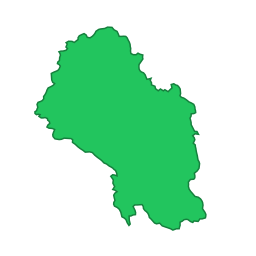 the district of Bananal, São Paulo, Brazil, rotated 282°
{"feature_id": "56859067B2046202210866", "entity_name": "Bananal", "entity_type": "district", "adm_level": 2, "iso_a3": "BRA", "parent_name": "Brazil", "parent_adm1": "São Paulo", "projection": "robinson", "projection_center": [-44.342, -22.736], "detail": "fine", "context": "isolated", "style": "filled", "palette": "green", "viewbox_px": 256, "rotation_deg": 282, "n_neighbors": 0, "source": "geoboundaries", "source_scale": "gbopen_adm2", "svg_char_len": 3567}
<svg xmlns="http://www.w3.org/2000/svg" viewBox="0 0 256 256"><g transform="rotate(282 128 128)"><path d="M138.9,196.2L138.6,193.8L144.4,189.1L146.7,188.5L148.8,187.5L150.5,186.6L152.7,187.2L155.0,186.9L155.8,189.4L157.1,191.0L159.0,190.4L160.5,189.6L162.5,189.0L164.8,187.4L165.7,184.6L166.2,182.2L167.1,180.5L168.2,178.1L168.9,176.2L169.1,173.8L170.4,172.1L172.5,172.3L174.8,171.6L177.0,170.9L178.6,169.4L179.9,167.6L180.0,165.7L180.8,163.6L179.5,161.2L176.3,162.7L174.3,161.2L171.9,159.7L173.1,156.1L171.7,154.8L172.9,151.6L170.7,149.8L172.2,146.7L174.4,145.7L175.1,142.0L177.1,141.6L179.3,139.8L181.4,140.2L180.4,138.4L179.6,136.4L181.3,135.2L183.6,133.7L185.2,131.7L185.6,129.4L186.6,127.7L188.0,126.6L190.3,125.9L192.4,125.6L198.6,128.2L200.3,127.5L202.5,127.3L202.7,124.1L203.3,122.2L201.4,120.7L200.8,117.9L201.5,115.3L204.0,114.4L206.4,114.1L208.1,113.3L210.3,112.6L212.4,111.3L214.0,109.9L216.0,108.4L217.1,106.8L216.9,104.9L216.2,102.4L215.8,100.3L218.0,98.9L220.2,97.2L221.1,94.0L223.1,91.4L222.4,87.0L220.6,84.7L219.8,82.5L219.1,80.4L218.3,78.8L216.0,76.6L213.8,76.0L212.2,75.3L210.3,74.1L208.3,72.1L208.2,69.3L210.3,67.7L211.2,65.4L209.9,63.5L208.1,61.2L206.0,60.4L204.2,60.8L200.5,57.6L201.1,55.2L200.5,51.8L198.6,49.7L197.5,51.1L194.3,50.5L193.1,52.3L191.1,51.2L189.8,48.6L189.2,46.3L188.2,44.6L186.8,46.0L185.1,46.8L182.8,46.5L179.7,46.9L177.9,45.6L176.3,45.6L175.8,47.4L174.5,48.9L171.6,48.4L169.7,47.4L168.6,45.9L167.1,43.7L165.4,41.6L163.1,42.3L159.2,43.4L157.0,44.9L156.2,47.0L154.4,46.1L152.6,44.2L150.6,41.6L148.4,40.9L145.9,40.6L143.4,39.9L141.3,38.9L139.1,39.5L137.0,38.5L135.9,37.1L134.4,34.7L132.2,34.1L129.4,35.5L127.7,35.1L126.0,35.0L124.6,33.6L122.9,34.0L122.0,35.7L122.8,37.3L122.8,39.2L120.9,38.4L119.8,41.0L120.3,43.1L121.0,44.8L120.5,47.2L119.0,47.8L118.0,49.7L116.2,50.5L114.4,49.1L112.1,48.5L111.4,50.7L111.8,54.1L111.3,56.6L109.7,56.3L108.1,56.0L105.8,55.8L104.0,56.5L102.2,58.8L102.3,61.0L102.4,63.1L103.1,65.2L104.8,67.7L105.2,70.5L105.8,74.6L105.0,76.3L102.4,76.7L101.1,79.8L99.2,82.9L97.8,85.9L96.9,88.4L95.5,91.2L96.7,95.4L96.6,98.2L94.5,101.2L93.0,104.1L91.5,107.5L90.6,109.2L88.8,111.8L88.4,114.4L86.9,117.5L86.4,119.3L85.7,121.3L84.6,122.9L83.8,124.7L81.3,126.4L78.9,127.2L79.2,125.0L79.1,122.8L77.2,121.2L74.2,124.4L70.9,124.7L67.9,127.1L64.7,125.9L64.5,128.1L63.4,130.5L61.5,128.7L59.3,128.0L56.6,129.2L54.4,130.3L52.3,129.6L50.5,129.8L48.8,131.0L48.0,134.1L46.6,136.5L44.1,138.5L41.8,139.6L39.9,140.5L39.1,143.2L38.0,145.0L35.1,147.0L32.9,149.2L34.5,150.1L36.4,149.2L38.1,148.4L42.1,147.4L42.6,149.2L44.0,151.0L44.8,153.3L46.9,153.0L49.0,151.9L50.5,150.7L52.3,149.3L54.1,150.5L54.7,153.1L55.3,155.2L56.0,157.7L54.5,159.2L52.4,159.9L50.8,161.7L50.0,163.4L48.7,165.2L46.8,166.6L44.9,167.5L43.8,169.4L40.6,173.7L40.2,175.8L41.5,178.8L39.4,181.8L38.9,185.7L38.7,187.7L38.3,190.6L37.5,193.1L39.5,196.3L40.1,199.0L41.9,199.0L43.5,199.2L46.7,198.5L48.1,200.4L49.9,201.8L50.8,203.9L50.9,205.7L49.5,208.6L49.1,211.0L50.8,211.9L51.2,216.0L54.1,217.3L54.5,219.4L56.2,222.4L58.0,222.4L59.7,222.1L61.7,220.6L64.5,217.7L66.1,217.5L68.1,217.4L70.7,216.4L72.3,215.2L73.7,213.7L74.9,211.2L75.0,207.7L76.2,206.2L77.3,204.8L79.0,202.5L80.9,200.5L83.5,199.2L85.3,199.0L87.6,198.3L90.6,199.7L91.6,203.0L93.1,203.7L95.0,203.4L97.6,202.3L100.4,204.6L103.3,205.8L104.9,205.7L108.1,205.4L109.9,204.4L111.2,203.2L112.8,202.5L115.2,201.6L118.1,200.2L120.2,199.3L122.1,198.6L123.7,197.8L125.4,197.3L126.7,195.0L130.4,195.8L132.2,194.8L133.9,192.9L136.3,194.8L136.5,198.2L138.9,196.2Z" fill="#22c55e" stroke="#15803d" stroke-width="1.5"/></g></svg>